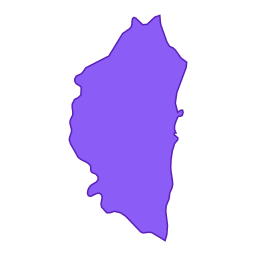 map outline of Ogliastra (Albers equal-area conic projection)
{"feature_id": "ITA-5377", "entity_name": "Ogliastra", "entity_type": "Province", "adm_level": 1, "iso_a3": "ITA", "parent_name": "Italy", "parent_adm1": "", "projection": "albers", "projection_center": [9.501, 39.887], "detail": "fine", "context": "isolated", "style": "filled", "palette": "violet", "viewbox_px": 256, "rotation_deg": 0, "n_neighbors": 0, "source": "natural_earth", "source_scale": "10m", "svg_char_len": 1520}
<svg xmlns="http://www.w3.org/2000/svg" viewBox="0 0 256 256"><path d="M159.8,15.4L160.3,21.7L160.8,24.8L166.9,42.0L169.5,46.3L173.3,48.1L175.3,50.0L181.1,58.1L186.7,62.2L186.2,67.3L176.8,92.6L175.3,103.2L177.7,112.3L179.2,111.2L181.1,110.1L182.6,110.2L183.1,112.3L182.3,115.4L180.7,116.2L179.0,116.2L177.7,117.1L175.9,121.4L174.6,125.5L174.5,129.4L176.0,133.0L174.3,133.0L174.3,135.1L175.5,135.7L176.6,136.9L177.8,137.6L177.8,139.6L174.6,143.6L172.4,150.6L171.1,159.0L170.7,167.2L171.0,171.4L172.3,179.6L172.7,184.3L172.1,187.6L169.7,193.2L169.2,198.0L168.6,200.1L167.4,202.7L166.2,206.1L165.7,210.7L167.5,225.5L166.8,234.7L165.1,240.6L152.1,232.7L149.3,232.2L143.1,232.9L140.6,231.8L125.8,216.3L120.5,212.7L114.2,211.3L110.3,212.7L106.8,212.8L101.6,207.1L101.0,204.0L102.2,197.2L101.2,194.3L98.7,193.0L96.2,193.7L91.1,196.2L89.2,196.1L88.0,195.0L87.5,193.2L87.8,190.8L88.7,188.3L90.1,186.2L91.8,184.7L96.4,182.0L98.1,179.6L98.1,176.8L95.9,174.1L92.1,172.5L91.1,171.4L90.7,169.9L90.7,166.6L90.1,165.1L87.2,162.6L80.8,159.4L78.3,157.5L70.6,144.0L69.3,140.0L69.6,137.3L71.5,132.0L71.5,129.3L70.0,123.4L70.1,120.8L71.3,117.8L72.8,114.9L72.8,111.4L72.2,107.7L72.2,104.2L74.6,99.4L78.1,97.7L80.9,95.0L81.2,87.4L80.5,86.3L76.7,84.0L75.7,83.0L75.0,81.7L74.7,80.3L74.9,78.6L76.4,76.0L81.3,73.8L83.3,71.6L84.7,69.3L86.0,67.7L108.9,56.0L122.7,33.5L129.8,28.6L131.5,26.2L132.0,23.9L132.1,21.1L132.5,18.7L134.0,17.4L135.8,18.2L142.7,24.7L147.1,24.4L154.7,17.2L159.8,15.4Z" fill="#8b5cf6" stroke="#5b21b6" stroke-width="1.5"/></svg>